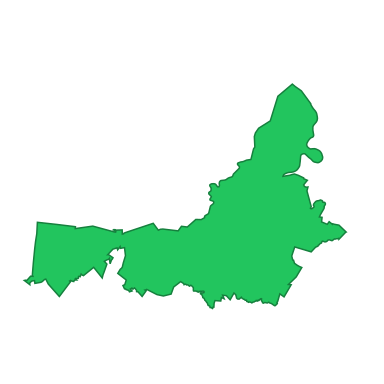 Jonuta, Tabasco, Mexico, rotated 276°
{"feature_id": "50627088B39502895384690", "entity_name": "Jonuta", "entity_type": "district", "adm_level": 2, "iso_a3": "MEX", "parent_name": "Mexico", "parent_adm1": "Tabasco", "projection": "robinson", "projection_center": [-92.185, 18.135], "detail": "fine", "context": "isolated", "style": "filled", "palette": "green", "viewbox_px": 384, "rotation_deg": 276, "n_neighbors": 0, "source": "geoboundaries", "source_scale": "gbopen_adm2", "svg_char_len": 5918}
<svg xmlns="http://www.w3.org/2000/svg" viewBox="0 0 384 384"><g transform="rotate(276 192 192)"><path d="M82.9,40.4L84.1,40.2L84.9,40.4L85.5,40.9L86.5,41.8L86.9,42.7L87.4,44.6L84.7,45.3L86.4,51.2L87.3,52.5L89.6,54.5L90.1,55.7L85.4,58.7L74.2,71.0L90.0,80.5L90.3,79.8L90.7,79.5L91.4,80.5L90.6,83.0L90.6,83.8L91.4,83.9L92.1,84.8L92.3,85.1L92.4,86.2L93.3,84.9L93.9,85.3L93.8,85.8L94.0,87.6L94.4,88.0L96.2,88.0L96.3,89.1L96.1,89.6L98.8,90.3L97.8,91.6L97.7,92.5L97.5,92.8L106.8,102.1L97.1,111.7L100.6,112.2L102.7,112.8L111.4,114.9L113.9,112.1L115.6,114.4L116.3,116.0L117.4,116.8L112.6,117.9L112.6,118.2L115.8,119.0L117.2,119.9L118.4,120.3L121.0,115.5L120.9,114.8L126.9,119.3L128.6,123.3L126.7,124.1L130.2,126.2L128.5,126.7L129.6,130.7L121.7,132.5L114.4,131.1L109.8,130.5L108.8,129.8L107.6,128.7L103.3,126.7L98.3,134.7L97.5,135.8L92.8,134.8L91.8,133.1L88.6,135.0L88.8,135.5L88.5,136.3L88.1,136.5L87.5,139.3L86.2,140.2L87.3,142.7L89.1,140.8L90.2,142.3L89.2,143.4L90.6,144.9L88.5,147.1L87.1,147.3L87.1,148.7L82.9,153.3L88.9,156.7L89.6,155.5L90.2,157.1L90.4,157.2L86.3,167.9L85.6,174.4L88.3,181.9L95.6,183.7L101.7,190.1L100.3,192.8L99.6,193.6L99.0,193.8L99.7,195.0L99.6,195.6L99.0,196.2L99.2,196.8L99.2,197.5L98.1,199.3L98.1,199.5L99.1,200.4L99.0,201.1L97.1,203.3L94.4,203.6L93.7,203.9L93.9,206.3L93.8,206.9L93.3,207.7L93.8,208.2L93.2,208.6L93.1,208.9L93.2,209.4L94.1,210.1L94.2,210.3L94.2,211.4L94.6,213.6L94.4,214.2L93.9,214.5L93.2,214.4L93.0,214.0L92.9,213.2L92.4,212.4L92.8,211.7L92.8,211.3L92.1,211.0L91.5,211.2L91.5,211.8L91.4,212.2L89.0,213.6L88.1,213.8L87.5,215.2L85.7,216.1L85.0,217.1L84.1,217.8L83.3,218.7L80.9,219.9L80.4,221.5L80.0,221.8L79.0,222.0L78.9,223.5L78.2,224.5L78.3,224.7L79.6,224.8L79.7,225.0L79.8,225.8L83.6,225.6L86.4,226.2L86.6,232.0L90.1,232.3L89.2,235.1L92.6,233.2L92.5,237.0L88.8,241.2L95.9,244.3L94.3,246.3L91.9,247.2L91.2,247.4L90.4,248.4L90.3,249.0L90.5,250.3L91.5,251.1L92.5,252.1L91.5,252.9L91.2,253.7L90.8,254.3L90.7,255.3L89.9,256.2L90.1,257.5L88.9,257.9L88.7,258.4L88.7,259.2L88.2,259.7L88.7,261.0L88.4,262.3L88.0,262.8L88.0,263.2L88.9,264.2L89.1,265.2L89.9,266.1L90.2,267.0L90.9,267.2L90.9,267.5L90.5,267.9L90.4,268.1L90.4,268.8L90.6,269.0L91.3,269.0L91.4,269.5L91.3,270.1L92.1,270.3L92.4,271.0L93.0,271.4L93.2,272.0L93.0,272.4L92.8,272.4L91.7,272.2L91.4,272.3L90.9,272.6L90.6,273.2L89.3,273.7L89.0,274.2L88.9,274.7L89.7,275.9L89.5,278.4L89.7,278.9L90.3,279.5L90.4,280.0L89.8,280.7L89.4,282.6L87.6,285.9L87.6,286.5L87.9,286.9L89.9,288.5L90.8,288.0L91.4,288.4L91.9,288.4L92.3,288.7L99.9,290.0L97.3,294.5L110.1,300.3L110.1,297.6L118.4,304.5L128.4,309.1L129.2,306.4L130.2,304.2L131.8,301.4L134.8,300.1L134.8,299.3L138.8,297.9L148.1,299.9L144.9,316.8L150.1,320.7L150.2,321.1L150.6,321.5L151.1,322.7L151.7,323.1L152.3,323.2L152.8,324.0L153.9,324.6L154.8,326.1L156.5,326.5L156.8,327.2L156.3,329.0L156.4,330.0L156.8,331.0L157.6,331.8L158.3,332.2L158.7,333.2L158.7,334.1L158.4,335.0L158.4,335.6L158.2,336.1L158.4,336.7L160.2,338.5L160.1,339.3L160.6,340.3L160.8,342.0L161.2,342.6L160.9,343.0L160.4,343.1L168.1,349.1L168.3,349.5L174.4,341.6L174.8,336.7L175.0,335.8L175.1,334.8L174.7,334.8L176.8,331.5L174.0,329.9L175.8,324.0L180.4,324.0L180.5,321.3L182.7,322.0L189.4,325.0L191.2,325.1L191.6,324.9L193.0,325.7L193.6,325.9L194.3,325.9L195.1,325.5L195.5,325.1L195.6,324.6L195.4,323.6L195.5,323.1L195.8,322.9L196.1,323.0L196.6,322.8L197.1,322.2L197.5,320.6L196.7,319.1L196.3,317.4L195.8,316.4L194.5,315.3L192.6,314.2L191.4,314.2L190.6,314.9L189.8,314.9L187.9,313.0L187.8,312.0L188.0,311.5L188.5,311.5L189.1,311.9L189.9,312.1L205.1,306.2L209.1,306.8L208.7,304.9L209.3,303.2L210.8,302.3L215.7,305.5L216.9,301.7L217.7,301.6L219.7,296.0L220.6,292.0L219.8,289.5L218.9,287.6L217.1,280.9L218.8,281.3L219.9,282.6L220.9,284.4L221.6,286.2L222.0,288.6L222.5,290.4L223.1,291.6L223.6,292.5L224.6,293.8L225.8,294.7L227.8,295.8L229.3,296.3L234.0,296.4L239.4,296.3L240.1,296.5L241.3,297.7L241.7,298.9L241.8,300.0L241.6,300.6L238.6,304.5L237.3,306.7L235.1,309.3L234.6,310.5L234.3,313.2L234.3,314.2L234.5,314.8L234.9,315.5L236.3,317.2L238.0,318.2L239.7,318.4L240.8,318.2L243.8,316.9L245.2,315.8L246.2,314.7L246.8,313.5L247.7,310.9L247.9,309.3L247.6,307.3L247.2,305.5L247.3,304.9L248.1,303.2L249.1,302.0L250.3,301.3L251.2,301.1L252.5,301.2L254.6,302.0L256.4,303.0L258.1,304.3L259.3,306.4L260.0,306.9L261.2,307.1L266.3,305.7L269.5,305.4L270.5,305.7L271.7,306.3L274.6,308.3L276.1,308.9L278.0,309.1L279.7,308.8L282.7,307.9L283.8,307.4L285.3,306.3L287.6,303.9L289.7,302.2L291.5,301.0L292.2,300.9L304.0,290.2L307.7,283.6L309.8,280.5L296.2,267.4L270.9,262.4L262.4,251.6L257.4,248.9L253.6,248.2L243.3,249.8L241.3,248.7L230.5,247.2L229.4,242.9L228.0,240.5L227.4,239.1L227.0,237.4L225.7,234.7L224.9,234.3L224.0,234.5L222.2,236.5L220.8,236.6L220.3,236.3L214.1,231.3L212.3,230.9L211.2,230.1L210.2,227.6L209.5,226.4L207.8,224.5L207.2,223.1L206.6,220.3L206.3,219.3L205.6,218.7L204.9,218.3L204.1,218.2L203.0,218.2L201.7,218.6L200.9,218.5L200.0,218.2L199.8,217.4L199.9,216.8L202.0,214.9L202.5,213.9L202.5,212.2L202.1,210.4L201.4,209.4L200.9,209.0L200.2,209.0L199.3,209.5L198.5,210.3L197.2,210.7L195.8,210.8L194.8,210.5L193.5,209.0L193.1,208.8L191.9,208.9L189.5,211.7L189.0,211.7L187.5,210.9L186.8,210.6L186.0,210.7L185.6,211.5L185.2,213.7L184.9,214.1L184.5,214.6L183.5,214.7L183.0,214.6L182.4,214.2L180.4,212.2L179.7,211.8L173.2,210.9L172.5,210.7L171.7,210.1L169.9,207.6L169.2,207.1L168.5,207.1L167.8,207.2L165.5,204.0L165.1,198.7L156.7,191.0L156.8,185.1L151.9,182.3L152.1,166.8L151.6,164.4L150.5,162.5L156.8,156.7L144.5,129.6L144.1,129.0L143.5,128.5L143.7,128.4L142.9,127.1L147.0,126.5L146.2,121.0L146.1,120.8L146.5,119.6L146.4,118.1L146.1,117.8L145.3,120.2L144.5,120.4L144.4,119.8L144.0,119.7L147.7,96.9L143.4,79.7L145.3,79.7L145.6,61.1L145.7,41.4L134.3,42.0L126.6,41.6L119.5,41.5L105.2,41.6L92.3,41.9L92.3,42.1L91.5,42.6L91.4,40.3L86.9,37.1L86.9,35.6L86.5,34.5L82.9,40.4Z" fill="#22c55e" stroke="#15803d" stroke-width="1.5"/></g></svg>